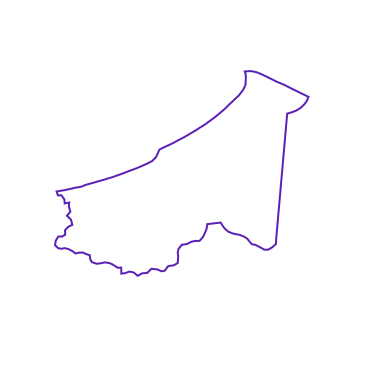 Itapoá, Santa Catarina, Brazil, rotated 244°
{"feature_id": "56859067B97691755303432", "entity_name": "Itapoá", "entity_type": "district", "adm_level": 2, "iso_a3": "BRA", "parent_name": "Brazil", "parent_adm1": "Santa Catarina", "projection": "natural_earth1", "projection_center": [-48.647, -26.082], "detail": "fine", "context": "isolated", "style": "outline", "palette": "violet", "viewbox_px": 384, "rotation_deg": 244, "n_neighbors": 0, "source": "geoboundaries", "source_scale": "gbopen_adm2", "svg_char_len": 1966}
<svg xmlns="http://www.w3.org/2000/svg" viewBox="0 0 384 384"><g transform="rotate(244 192 192)"><path d="M168.0,78.5L167.0,82.7L164.6,86.3L162.2,88.5L159.6,90.1L156.5,92.0L155.1,95.2L152.3,94.0L149.6,92.7L148.4,96.2L147.9,100.9L145.2,104.4L140.5,106.4L140.7,111.7L138.9,116.3L140.8,121.8L137.4,127.2L134.1,129.8L133.2,133.1L135.8,138.0L134.1,143.6L134.4,148.0L137.0,149.5L140.0,151.3L143.8,152.6L146.8,155.0L149.0,159.7L147.4,164.7L147.6,169.5L146.6,173.5L144.7,177.3L146.9,182.4L149.9,186.1L152.5,189.0L156.4,191.7L152.0,204.3L148.1,204.8L145.1,205.3L140.5,207.2L137.0,210.3L134.7,213.1L132.7,216.0L129.1,219.2L125.6,221.3L122.1,222.0L118.8,222.9L116.6,225.9L112.7,228.8L108.5,231.7L106.8,235.0L107.1,239.8L108.5,244.7L112.6,246.9L220.7,311.9L219.8,317.2L219.5,321.2L219.9,326.0L221.5,331.3L223.5,335.0L226.4,338.4L229.3,336.2L233.2,333.1L236.7,330.4L241.3,326.8L247.6,322.1L254.1,316.4L264.3,308.6L267.4,306.1L270.6,303.3L273.1,300.4L275.1,297.5L277.2,292.3L273.7,291.7L270.7,290.3L264.9,287.1L261.6,283.1L259.7,279.4L258.1,276.1L257.0,272.2L255.8,268.6L254.6,264.6L252.6,258.8L251.1,253.3L250.0,248.7L249.0,244.5L248.4,241.1L247.8,237.6L247.1,234.1L246.7,230.8L246.4,227.2L245.8,222.8L245.4,217.1L245.0,213.1L244.7,208.1L244.5,201.7L244.3,196.8L244.3,193.0L244.4,189.3L244.5,185.8L244.4,181.3L241.6,178.0L239.0,174.7L237.3,169.8L237.2,164.1L237.3,159.8L237.5,155.0L237.9,150.1L238.5,144.2L238.8,140.2L239.3,135.2L239.8,130.9L240.2,127.4L240.8,123.8L241.6,118.3L242.7,112.4L243.7,106.6L245.0,99.6L245.4,94.3L246.9,89.4L248.1,84.0L249.5,78.4L250.8,74.0L251.8,70.5L247.8,70.0L246.3,73.2L241.2,74.0L237.5,72.6L236.4,77.0L233.0,75.0L227.6,74.0L225.5,69.2L220.2,71.1L214.9,70.0L215.0,65.6L213.3,61.1L209.2,59.3L208.9,55.8L210.6,52.3L207.9,48.1L204.2,45.6L200.1,47.1L198.2,49.8L197.4,53.0L194.1,56.6L191.0,58.7L187.8,60.4L186.9,64.3L185.3,67.5L182.4,69.8L180.1,72.4L176.3,71.1L172.9,71.2L169.3,74.8L168.0,78.5Z" fill="none" stroke="#5b21b6" stroke-width="2"/></g></svg>